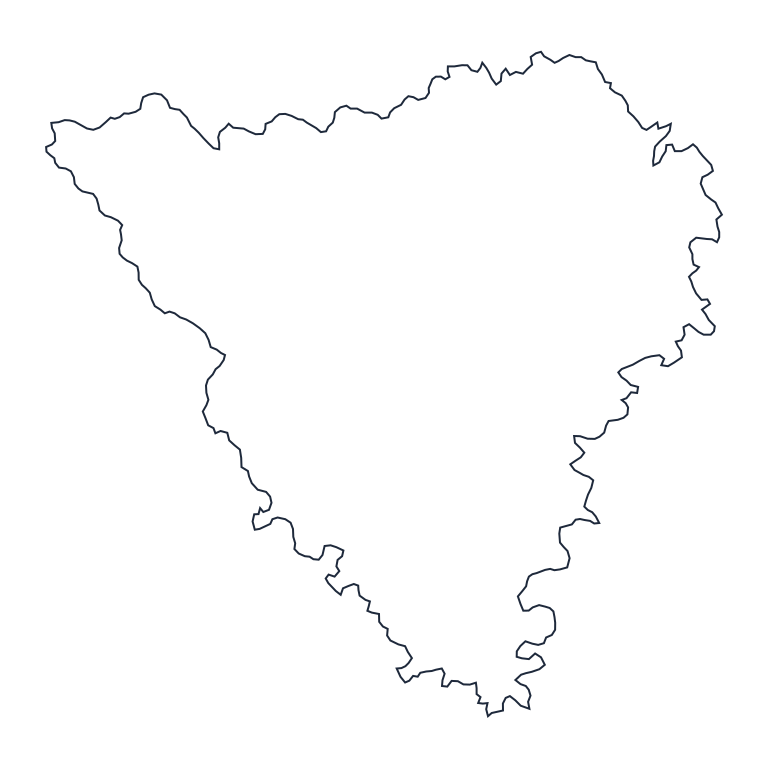 Luz, Minas Gerais, Brazil (orthographic projection)
{"feature_id": "56859067B37044810293791", "entity_name": "Luz", "entity_type": "district", "adm_level": 2, "iso_a3": "BRA", "parent_name": "Brazil", "parent_adm1": "Minas Gerais", "projection": "orthographic", "projection_center": [-45.672, -19.865], "detail": "fine", "context": "isolated", "style": "outline", "palette": "slate", "viewbox_px": 768, "rotation_deg": 0, "n_neighbors": 0, "source": "geoboundaries", "source_scale": "gbopen_adm2", "svg_char_len": 6040}
<svg xmlns="http://www.w3.org/2000/svg" viewBox="0 0 768 768"><path d="M503.0,710.5L502.9,703.5L505.7,697.9L509.9,696.1L515.3,700.3L520.7,705.7L529.4,708.8L528.1,701.8L530.5,695.6L528.7,689.7L525.8,686.0L520.5,684.1L515.4,680.0L521.1,674.7L525.8,673.2L531.8,671.8L539.4,669.2L544.8,664.8L541.0,657.3L535.1,653.5L528.9,659.1L521.9,658.3L516.7,656.8L516.8,651.3L520.3,646.1L525.4,641.3L532.4,643.7L538.2,644.9L543.9,643.2L546.1,637.5L551.8,635.0L555.1,629.8L555.2,622.8L554.5,617.1L553.4,611.4L549.7,608.0L545.1,606.6L539.1,605.1L532.7,607.4L528.7,610.6L523.3,610.7L520.5,604.0L517.9,596.4L522.4,591.0L526.1,586.3L527.1,581.3L528.9,576.6L532.4,574.2L536.6,573.1L545.1,569.9L550.2,568.9L554.4,570.2L560.0,569.4L567.2,567.4L569.6,558.2L567.5,551.0L563.7,547.0L560.0,542.6L559.3,533.6L560.2,527.6L571.9,524.4L575.6,519.7L580.0,519.0L584.5,520.0L590.1,520.9L594.2,523.5L599.2,523.0L595.8,516.5L592.2,512.2L587.8,510.0L584.3,506.6L586.0,500.6L588.0,494.6L591.3,487.9L593.2,480.3L588.8,476.8L583.4,475.0L579.6,472.8L574.5,470.0L570.3,464.3L575.7,460.6L580.8,457.3L584.3,452.7L579.9,447.6L575.0,442.9L574.1,436.0L580.1,436.2L587.6,438.7L594.8,438.9L599.5,436.7L604.2,432.6L606.1,425.6L608.6,421.0L617.8,419.8L623.5,417.8L627.4,414.4L628.1,407.4L625.7,403.2L621.7,400.0L626.5,398.2L631.1,392.3L637.1,393.0L638.1,386.9L630.7,385.0L626.5,380.6L621.5,377.1L618.3,372.4L621.8,369.0L632.8,364.7L639.2,361.0L645.2,357.9L651.3,356.3L659.4,355.2L664.1,358.8L661.3,365.2L668.0,366.2L673.9,362.7L681.9,357.3L681.0,350.6L677.9,346.2L675.8,341.6L681.6,340.3L684.6,334.7L683.5,327.2L689.1,324.2L693.8,328.0L698.5,331.9L703.7,334.7L710.7,334.7L714.0,331.2L714.8,326.2L708.8,320.0L705.5,314.0L702.0,309.6L710.0,303.9L707.4,299.4L701.5,299.9L696.1,293.4L693.0,287.0L691.3,281.5L689.0,276.8L692.4,273.3L696.2,270.6L699.0,267.1L693.6,264.6L692.4,259.1L692.4,254.2L689.2,247.4L690.4,242.3L696.2,237.7L706.9,239.0L712.1,239.3L717.0,242.2L719.2,237.3L719.2,232.0L717.5,226.6L716.4,219.5L721.9,214.7L718.3,208.4L715.5,202.5L711.2,199.5L705.6,195.0L700.7,183.6L702.4,177.2L707.7,174.7L712.9,170.9L711.2,164.9L702.8,156.0L699.4,151.8L696.8,147.6L693.0,144.3L687.9,148.1L681.6,151.1L674.8,151.1L672.1,144.6L666.4,145.1L665.7,151.2L662.2,156.5L659.4,162.3L653.4,165.5L653.1,160.9L654.0,156.0L654.2,151.2L655.1,146.6L659.7,141.6L665.9,136.1L669.7,130.9L670.8,123.8L666.0,126.2L658.4,128.7L657.3,122.5L650.7,127.1L646.5,129.9L642.1,127.9L638.3,122.0L633.4,116.3L628.1,111.5L627.8,105.3L625.4,100.8L621.8,95.6L614.9,92.3L610.0,88.2L610.9,83.1L605.1,82.0L601.9,74.5L597.9,69.0L595.8,62.3L590.4,61.3L585.8,60.3L581.2,57.1L575.5,57.1L569.4,55.0L563.1,58.0L558.6,61.0L554.6,62.8L550.4,59.8L544.1,56.3L541.0,51.8L535.9,53.3L530.7,57.0L532.1,64.7L527.3,69.0L523.0,73.7L515.9,71.9L509.9,75.0L505.7,68.7L501.5,73.6L500.8,81.1L496.2,84.6L491.7,78.6L489.1,72.7L486.3,67.9L482.3,62.7L480.4,67.9L477.4,71.8L471.4,70.2L467.5,65.3L462.0,65.2L454.4,66.4L447.9,66.4L447.7,71.4L449.5,76.9L445.3,79.3L440.9,76.6L435.8,76.7L432.3,79.3L430.6,83.6L428.7,88.0L429.0,92.8L425.5,98.0L418.2,99.9L413.5,97.2L408.4,96.2L404.6,99.5L401.1,104.8L394.2,108.2L390.1,112.4L388.3,117.3L381.5,118.6L377.7,114.8L371.9,112.6L364.6,112.6L357.1,108.6L350.6,108.6L346.4,105.7L340.3,107.4L334.9,112.1L334.3,117.8L332.8,122.6L328.3,126.7L326.1,131.3L320.9,132.1L316.2,128.1L306.8,122.6L302.9,119.7L298.2,119.2L291.6,115.9L285.3,113.9L279.3,114.2L275.3,117.2L271.7,121.4L265.6,123.9L265.2,129.3L262.8,133.9L255.6,134.2L248.9,131.4L243.7,128.6L233.2,127.7L228.7,123.7L225.3,127.7L219.9,131.9L218.2,137.3L219.2,143.3L219.2,149.3L213.5,148.2L208.7,143.6L203.5,138.2L198.8,132.8L194.6,128.7L191.1,125.9L186.9,117.5L183.5,114.1L179.6,109.8L174.9,109.1L170.0,107.8L167.0,100.3L161.3,94.6L154.5,93.4L148.6,94.7L143.1,97.2L141.2,103.1L140.3,108.8L135.6,111.8L128.6,113.7L124.1,113.4L119.7,117.1L114.8,118.8L110.6,117.6L105.8,122.1L99.6,127.5L93.3,129.8L87.0,128.5L74.8,121.7L69.6,120.4L64.7,120.1L58.6,122.2L51.3,122.9L52.1,128.4L54.7,133.3L55.2,141.0L51.9,144.5L46.1,147.0L46.5,151.7L50.3,155.2L54.3,158.2L55.2,162.8L59.0,167.6L65.7,168.5L70.9,171.3L73.9,177.2L74.7,183.9L78.4,188.5L82.4,191.4L93.1,193.9L96.6,198.6L98.3,204.6L99.5,210.5L104.9,215.5L110.9,217.2L118.0,220.7L122.2,225.1L120.1,229.9L121.0,234.4L121.7,240.3L119.1,248.0L119.6,253.8L122.7,257.4L126.9,260.6L132.0,263.1L137.4,266.6L138.6,272.6L138.7,279.8L141.9,284.8L145.7,288.2L149.8,292.7L151.7,299.4L154.8,306.1L160.4,309.6L164.8,313.3L169.5,311.6L174.7,313.3L180.0,317.3L186.2,319.5L192.9,323.3L199.6,328.1L205.3,333.2L208.6,339.9L210.7,347.1L216.7,349.6L221.0,353.0L225.0,355.0L223.7,360.0L219.6,366.0L215.6,369.2L212.8,374.4L207.9,379.6L206.0,385.5L206.4,392.8L208.4,399.8L206.4,405.2L202.8,411.5L205.5,418.2L208.2,425.3L213.5,428.1L215.4,433.3L220.5,431.0L227.3,432.8L229.2,440.4L234.5,445.2L239.9,449.6L241.2,457.9L241.5,467.1L247.9,471.0L249.1,476.5L251.8,483.2L257.7,489.7L266.1,491.9L270.1,496.6L271.5,502.8L269.0,509.8L263.3,512.0L260.1,508.1L258.5,514.1L254.2,514.3L252.6,521.5L254.8,529.7L259.6,528.9L270.3,523.9L272.4,519.2L277.6,517.5L285.3,519.2L290.6,522.7L293.0,529.0L293.3,536.9L295.2,543.3L294.4,549.0L298.7,553.5L304.8,556.2L309.6,556.7L313.4,559.2L318.7,559.7L322.5,555.0L324.6,546.0L330.6,545.3L336.4,547.2L343.4,550.5L342.1,556.2L337.6,559.9L336.4,566.4L339.3,571.1L334.6,576.6L328.6,574.6L325.7,578.5L328.3,583.1L335.8,591.0L340.7,594.8L343.0,588.3L348.4,586.0L353.8,584.0L358.2,585.6L358.5,590.2L359.6,595.6L365.5,599.9L369.9,601.4L368.7,606.4L367.4,610.8L371.8,612.6L379.0,614.0L379.2,621.8L382.9,626.5L387.7,628.9L387.1,635.5L390.4,640.5L398.4,644.4L405.1,646.2L407.8,651.9L411.9,658.1L408.6,663.0L405.4,666.2L401.4,668.1L396.7,668.5L400.5,676.8L405.1,682.5L409.3,680.7L413.1,675.9L417.7,676.7L420.3,672.8L426.2,671.5L431.7,671.0L436.0,669.7L441.8,668.5L444.6,673.7L442.5,680.2L442.0,686.0L447.3,686.6L451.6,680.9L457.9,681.2L463.4,684.4L469.8,684.6L475.9,682.7L476.6,688.2L476.6,694.1L480.5,697.1L478.2,703.0L482.8,703.6L487.5,703.1L486.2,709.2L488.0,716.2L491.7,713.0L503.0,710.5Z" fill="none" stroke="#1e293b" stroke-width="2"/></svg>